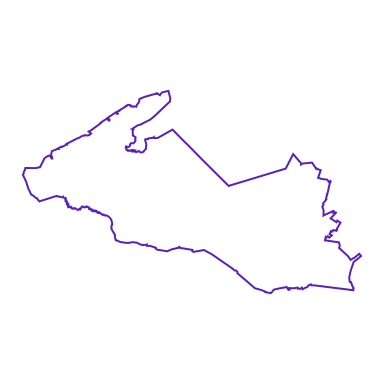 outline of Alphen-Chaam, Noord-Brabant, Netherlands
{"feature_id": "6326949B83177775989799", "entity_name": "Alphen-Chaam", "entity_type": "district", "adm_level": 2, "iso_a3": "NLD", "parent_name": "Netherlands", "parent_adm1": "Noord-Brabant", "projection": "mercator", "projection_center": [4.85, 51.507], "detail": "fine", "context": "isolated", "style": "outline", "palette": "violet", "viewbox_px": 384, "rotation_deg": 0, "n_neighbors": 0, "source": "geoboundaries", "source_scale": "gbopen_adm2", "svg_char_len": 5874}
<svg xmlns="http://www.w3.org/2000/svg" viewBox="0 0 384 384"><path d="M353.2,290.2L352.9,289.2L353.4,288.9L353.6,288.3L353.3,287.8L353.1,287.4L353.2,287.2L352.6,286.6L351.7,284.2L351.1,282.2L350.0,282.2L349.8,282.0L349.2,277.9L350.1,273.0L350.8,270.4L353.7,261.9L357.6,259.0L361.0,256.0L360.7,255.5L359.2,253.8L354.7,257.5L350.5,259.9L349.3,257.9L348.1,256.3L339.0,247.8L339.6,246.5L339.8,245.6L339.0,242.4L325.0,240.3L325.5,238.1L325.6,238.4L327.7,236.2L329.2,237.6L331.8,235.4L329.6,234.0L330.3,232.8L330.8,231.5L331.0,231.6L331.2,231.1L332.4,231.5L333.2,230.1L336.5,230.8L337.1,229.8L336.9,229.3L336.6,229.3L340.5,222.6L337.3,220.6L336.5,222.2L330.6,218.4L336.0,212.7L335.7,212.4L333.9,212.6L334.4,212.1L333.4,210.9L326.3,214.2L325.1,214.6L323.5,215.6L323.6,210.4L323.3,209.3L322.3,206.7L323.5,205.0L322.9,203.8L326.3,199.4L325.9,199.1L327.0,194.9L326.9,194.6L327.1,194.6L328.2,190.7L329.0,186.3L330.4,181.6L330.6,181.5L330.3,181.0L328.8,181.9L327.4,179.7L320.3,178.7L319.7,178.1L318.1,177.8L320.7,170.2L317.6,169.1L316.4,168.2L316.1,168.7L312.0,162.6L301.3,163.7L301.4,164.4L301.1,164.6L300.9,163.4L300.5,162.6L293.2,154.1L285.7,168.6L228.6,185.9L200.9,158.3L186.6,143.7L185.0,142.3L172.5,129.6L157.8,137.9L154.1,138.1L153.8,137.1L153.4,137.5L153.4,137.8L151.8,137.9L148.6,138.4L147.8,138.6L147.8,139.2L145.5,139.1L145.1,140.0L145.2,140.5L146.3,144.3L145.9,148.9L143.9,151.0L143.7,151.6L142.0,152.4L140.5,152.4L138.9,151.1L138.8,151.3L136.3,152.0L136.3,151.6L135.2,151.6L135.3,151.4L134.9,151.1L135.0,150.7L134.5,150.9L134.7,150.5L133.6,150.2L133.4,150.4L133.4,150.0L133.2,149.9L132.9,150.1L133.0,150.3L132.6,150.8L132.7,151.2L132.5,151.3L132.1,151.3L132.1,150.9L131.8,151.0L131.5,150.2L131.1,150.4L131.0,150.8L130.5,150.4L129.1,150.9L128.7,150.3L127.7,150.7L127.2,150.1L126.8,150.1L126.3,149.7L126.3,149.4L126.7,149.3L126.3,148.6L126.5,148.0L125.9,147.6L126.1,147.4L126.2,147.0L125.9,147.0L126.1,146.4L127.9,147.0L128.7,146.9L129.8,146.0L130.2,145.5L130.0,144.6L130.7,143.4L131.3,143.1L133.3,143.4L134.6,142.2L135.6,140.2L135.1,139.3L135.6,137.3L132.8,135.4L132.9,134.9L132.6,129.5L133.4,129.5L133.4,129.3L133.3,128.5L132.8,128.5L137.9,125.2L141.2,124.4L141.2,124.2L150.2,119.6L154.4,116.2L170.0,101.4L170.3,98.4L168.4,90.9L162.4,92.3L161.0,93.5L159.9,95.2L157.1,93.3L157.0,93.8L156.7,93.9L156.0,93.7L154.4,94.1L144.2,97.0L139.3,99.1L139.3,100.8L138.9,102.2L138.3,103.2L137.1,104.5L136.3,106.5L136.1,106.3L133.5,106.7L133.5,106.4L130.7,106.4L130.6,105.2L128.0,104.8L126.2,105.8L126.5,106.0L119.5,110.3L119.9,111.4L119.1,110.5L117.1,111.9L117.1,112.4L117.9,113.7L117.8,113.8L117.0,113.9L115.9,112.3L107.8,117.7L110.1,120.6L109.8,120.4L109.3,120.7L108.3,120.1L106.8,118.6L101.4,122.2L100.3,123.1L100.5,123.4L91.6,129.9L89.7,131.1L89.4,131.1L88.6,131.6L91.1,133.5L89.3,135.0L87.8,135.5L84.7,135.2L84.6,135.5L82.3,135.9L78.3,138.2L77.0,138.5L66.5,143.9L66.9,144.6L66.4,144.6L61.9,147.0L61.5,147.1L61.3,146.7L57.4,148.7L57.8,149.0L57.4,149.0L51.9,151.1L51.0,155.1L51.4,156.1L52.1,156.8L52.2,157.1L51.9,157.6L52.2,158.5L51.9,158.6L51.7,158.2L50.8,157.4L50.4,155.8L50.2,155.6L48.5,155.7L45.4,157.5L44.4,158.5L41.0,165.3L40.4,166.4L39.5,167.1L39.6,167.3L35.6,168.1L25.4,168.0L24.9,170.1L23.8,171.8L23.3,174.9L23.0,175.0L23.9,177.0L25.1,179.3L25.4,180.4L26.2,181.5L27.2,185.4L27.6,185.9L28.0,187.9L31.2,194.5L33.2,195.6L35.5,197.7L37.1,198.4L37.0,198.6L39.4,201.4L56.6,195.9L56.8,196.0L56.7,196.2L57.8,196.5L57.9,196.3L61.6,197.2L62.7,197.4L62.9,197.2L62.9,197.4L65.6,198.1L65.3,199.0L65.9,199.3L66.2,199.9L66.2,200.1L65.6,200.1L65.4,200.9L65.7,201.2L66.5,200.9L66.9,201.4L66.6,201.9L66.5,202.4L67.3,202.6L67.6,203.1L67.4,203.5L67.8,203.7L67.3,204.0L67.4,204.3L67.1,204.6L67.5,204.8L67.8,204.4L68.2,204.7L68.1,204.9L68.2,205.0L67.9,205.1L68.2,205.4L67.8,205.8L67.9,206.0L68.2,205.9L68.4,206.4L68.2,206.6L68.2,207.1L68.9,206.9L69.3,207.2L70.0,207.1L70.7,206.7L71.0,207.0L70.9,207.4L71.1,207.7L71.4,207.5L71.5,207.9L71.8,208.0L72.1,208.5L72.3,208.4L72.6,208.7L73.6,208.7L74.1,208.1L74.8,208.1L75.0,208.6L75.7,208.6L76.9,209.5L77.8,209.6L78.0,209.9L78.5,209.3L79.4,209.4L79.6,209.0L80.1,209.5L80.4,209.2L80.4,208.8L80.7,208.7L81.1,208.2L81.4,207.1L81.8,206.9L81.9,206.6L82.7,206.7L83.1,206.5L83.6,206.8L83.7,207.2L84.5,207.3L85.2,207.3L85.7,206.9L86.0,207.0L86.3,206.6L86.5,206.8L86.9,206.6L87.3,206.9L87.6,206.8L87.9,207.1L88.1,207.1L88.3,207.4L88.6,207.7L88.8,207.6L88.9,208.1L89.0,208.0L89.2,208.4L89.3,208.2L90.1,208.6L90.3,209.3L91.5,209.3L91.4,209.6L91.7,209.6L92.0,210.2L92.0,210.9L92.5,211.2L93.1,211.3L93.5,210.5L93.9,210.8L94.0,210.5L95.0,210.8L95.2,211.1L95.5,210.8L95.7,211.1L96.5,211.0L96.4,211.5L96.5,211.7L97.7,212.1L97.7,212.5L98.1,212.3L98.4,212.5L98.5,213.0L99.2,213.0L99.5,212.5L99.8,212.9L100.6,213.2L101.6,214.4L102.0,214.3L102.3,214.6L103.4,214.5L103.5,215.0L104.0,214.9L104.3,215.3L104.7,215.4L105.1,215.3L105.5,215.6L106.2,215.3L108.2,216.3L110.3,218.2L111.5,220.4L112.3,224.2L111.5,225.5L111.5,227.9L111.3,228.4L112.6,231.1L114.1,233.3L114.5,234.3L114.8,234.4L115.1,237.9L115.5,239.2L115.8,239.7L115.7,240.0L116.0,240.3L116.4,240.3L116.5,240.5L117.4,240.7L120.6,242.1L126.6,242.9L128.6,242.9L133.4,242.1L134.9,242.5L136.6,242.5L139.4,244.1L141.5,244.7L141.9,245.0L143.0,245.2L143.5,244.8L146.1,245.1L146.8,244.6L146.9,245.8L150.1,245.9L155.7,247.7L155.5,248.3L157.0,249.6L167.1,251.3L171.6,249.4L179.5,247.5L179.2,246.9L179.4,246.8L180.1,247.9L192.4,249.9L192.2,251.1L193.6,251.9L203.9,250.0L211.7,254.2L232.4,268.5L234.5,270.4L236.1,270.5L237.4,271.9L237.3,273.1L255.0,288.3L261.2,290.0L265.3,291.6L265.2,292.0L267.7,292.6L270.7,293.1L271.8,292.2L273.9,289.6L279.7,288.3L285.6,287.3L286.4,286.9L288.5,289.9L289.7,289.5L289.2,288.1L293.3,288.3L297.6,287.6L297.8,288.6L300.5,288.8L301.8,287.6L302.6,289.2L305.6,287.6L307.1,287.2L308.5,285.4L310.6,284.4L311.1,284.5L311.4,285.3L314.7,285.4L353.2,290.2Z" fill="none" stroke="#5b21b6" stroke-width="2"/></svg>